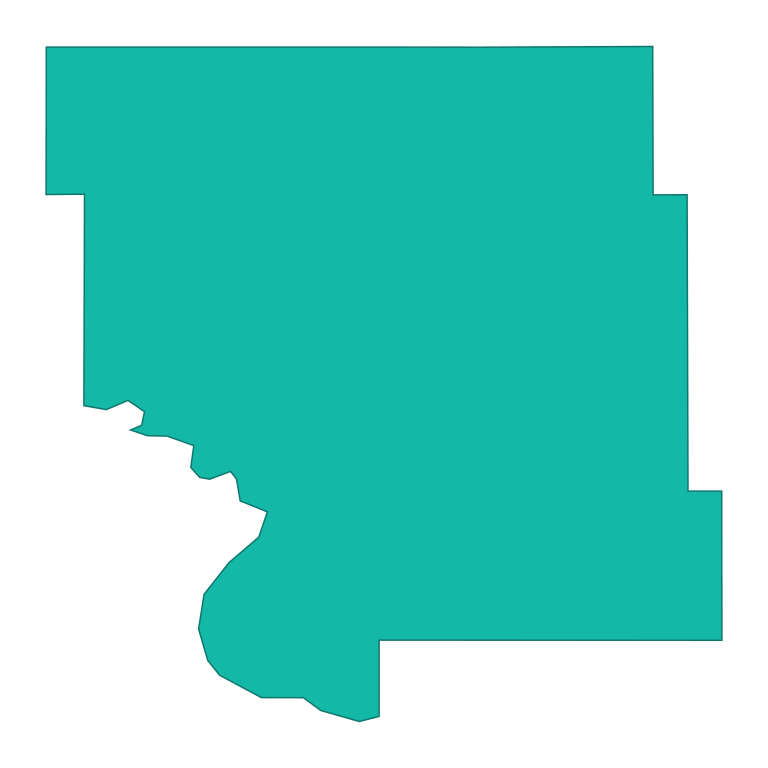 the district of Mountrail, North Dakota, United States of America
{"feature_id": "52423323B97339274287027", "entity_name": "Mountrail", "entity_type": "district", "adm_level": 2, "iso_a3": "USA", "parent_name": "United States of America", "parent_adm1": "North Dakota", "projection": "natural_earth1", "projection_center": [-102.535, 48.15], "detail": "fine", "context": "isolated", "style": "filled", "palette": "teal", "viewbox_px": 768, "rotation_deg": 0, "n_neighbors": 0, "source": "geoboundaries", "source_scale": "gbopen_adm2", "svg_char_len": 613}
<svg xmlns="http://www.w3.org/2000/svg" viewBox="0 0 768 768"><path d="M46.3,47.1L46.1,194.5L84.5,194.2L84.3,269.5L83.9,405.7L106.3,409.6L128.0,400.4L144.5,411.7L141.7,425.2L130.6,430.0L147.4,435.7L167.0,436.1L193.8,445.6L190.8,467.5L199.7,477.4L209.6,479.2L230.5,471.4L236.5,479.1L240.2,500.9L267.4,511.9L258.8,537.1L229.1,562.5L204.1,594.3L198.6,629.0L207.8,660.5L219.7,675.3L261.4,697.6L303.4,697.7L320.8,710.5L359.3,721.5L379.1,716.4L379.1,640.1L721.9,640.3L721.7,491.1L688.0,491.1L687.1,194.7L653.1,194.9L652.7,46.5L479.6,47.2L393.5,47.1L46.3,47.1Z" fill="#14b8a6" stroke="#0f766e" stroke-width="1.5"/></svg>